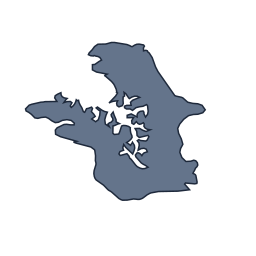 SVG path tracing the border of Quinara, rotated 55°
{"feature_id": "GNB-773", "entity_name": "Quinara", "entity_type": "Region", "adm_level": 1, "iso_a3": "GNB", "parent_name": "Guinea-Bissau", "parent_adm1": "", "projection": "albers", "projection_center": [-15.226, 11.637], "detail": "fine", "context": "isolated", "style": "filled", "palette": "slate", "viewbox_px": 256, "rotation_deg": 55, "n_neighbors": 0, "source": "natural_earth", "source_scale": "10m", "svg_char_len": 4453}
<svg xmlns="http://www.w3.org/2000/svg" viewBox="0 0 256 256"><g transform="rotate(55 128 128)"><path d="M71.6,117.5L71.9,114.2L64.1,121.7L60.0,123.8L55.7,120.8L56.9,118.7L56.9,113.6L57.2,110.7L54.1,110.6L52.2,111.6L50.8,113.0L49.2,114.2L49.2,115.0L47.4,117.1L45.2,118.4L44.2,116.7L43.4,112.6L42.1,108.7L42.1,104.6L46.5,98.0L48.4,92.6L50.1,90.1L59.0,81.0L61.7,79.2L63.1,78.6L63.8,77.8L63.9,75.1L64.5,72.6L65.9,70.5L68.9,67.6L70.4,67.6L71.1,69.2L71.8,69.8L72.7,70.3L73.7,71.0L74.6,68.8L75.8,67.9L77.2,68.1L78.7,67.6L84.2,67.8L93.7,70.4L98.9,71.1L128.3,71.1L129.6,70.2L133.5,66.6L134.8,65.8L141.1,64.3L145.0,60.8L148.2,56.9L151.9,54.3L157.4,54.3L158.4,58.0L156.8,62.9L154.4,66.7L152.6,71.3L152.8,77.3L154.4,83.3L156.8,87.5L161.4,89.6L167.5,90.6L172.8,92.4L175.0,96.7L177.6,99.5L183.1,100.8L188.6,99.8L191.1,95.8L191.2,95.7L192.1,92.6L193.7,91.3L196.2,91.1L198.4,92.1L199.3,93.8L199.6,95.7L200.9,97.8L201.8,99.9L202.5,100.8L203.8,100.0L204.9,99.6L205.9,99.7L211.9,102.4L212.9,103.4L212.0,105.4L206.0,112.5L206.4,113.8L213.9,113.0L208.3,123.4L197.5,139.5L194.3,146.5L194.0,147.9L193.7,150.9L193.9,155.4L193.8,156.9L193.5,158.2L193.1,159.4L192.5,160.4L191.8,161.3L190.8,162.4L189.3,164.2L186.6,170.0L184.0,173.9L182.6,174.9L180.5,175.9L171.3,178.1L170.1,178.5L167.8,179.6L166.5,179.9L160.8,180.8L152.2,183.9L150.5,183.9L148.6,183.5L145.9,182.2L144.5,181.1L143.4,180.1L139.7,175.4L138.9,174.7L138.0,174.2L136.1,173.5L132.1,170.5L127.8,168.3L126.6,167.9L122.3,169.3L110.6,179.2L108.4,180.7L108.3,180.8L109.5,177.6L96.4,188.3L91.6,190.9L88.0,188.7L87.2,185.9L88.4,178.4L89.8,176.1L92.6,173.1L94.5,170.4L93.3,169.2L89.2,170.2L86.1,173.3L84.1,177.4L83.4,181.7L81.9,184.5L78.4,186.3L74.5,187.6L71.8,189.2L69.6,193.1L68.4,196.3L66.3,198.5L61.4,199.3L58.3,200.3L55.6,201.7L53.6,201.0L52.6,195.9L53.3,193.3L56.9,184.5L58.1,182.6L58.8,180.9L65.5,171.0L61.3,170.8L59.8,169.1L59.9,166.3L60.6,162.7L62.5,163.8L64.6,164.0L66.7,163.0L68.9,160.9L69.1,162.4L70.4,166.0L71.4,162.8L73.2,160.0L75.2,159.4L76.8,162.7L78.6,162.7L78.4,160.3L77.8,158.1L76.7,156.1L75.2,154.2L76.4,154.0L76.5,153.8L76.5,153.4L76.9,152.6L79.0,153.5L81.6,154.0L85.0,154.2L89.0,155.2L90.3,154.5L88.4,150.9L89.2,149.0L90.0,145.9L91.7,145.9L93.6,148.6L96.9,148.1L99.7,148.2L99.8,152.6L104.3,150.9L104.2,147.6L101.4,143.9L98.0,141.0L97.0,141.6L96.1,141.9L93.3,142.6L93.3,141.0L98.5,139.1L100.9,137.8L103.2,135.8L105.0,138.8L107.9,142.3L111.8,144.3L116.2,142.6L113.3,142.2L113.1,140.5L113.6,138.2L112.9,135.8L111.1,134.9L109.1,134.9L107.4,134.2L106.4,131.0L109.2,131.9L114.3,133.0L116.2,134.2L119.5,132.5L118.9,134.1L118.3,137.6L117.7,139.1L123.6,143.4L125.4,143.0L127.6,139.1L126.4,137.0L123.3,132.9L122.7,131.7L123.4,130.1L125.0,128.2L127.1,126.6L129.1,125.9L129.6,126.4L131.4,127.5L133.9,128.7L136.5,129.2L138.0,130.0L138.9,132.1L139.2,134.8L139.1,137.5L143.7,135.8L143.2,135.0L142.7,133.3L142.2,132.5L145.8,132.7L148.3,134.0L150.2,136.3L152.0,139.1L142.6,141.0L139.1,141.0L140.2,142.3L140.8,143.2L141.6,143.8L143.7,144.3L142.7,148.1L144.0,150.3L146.1,150.1L148.4,143.6L151.2,143.3L154.0,143.9L155.2,143.4L162.8,143.0L165.0,142.6L167.7,141.2L169.6,139.6L170.9,137.4L171.6,134.1L168.7,135.1L166.5,136.3L164.1,137.2L156.1,138.1L154.4,137.5L153.6,135.0L154.1,133.9L155.3,133.1L156.9,132.6L158.6,132.5L157.7,130.3L157.6,129.0L158.6,125.8L155.9,125.2L153.8,126.5L152.4,129.1L152.0,132.5L148.7,128.8L146.6,127.6L143.7,127.7L143.7,125.9L145.4,124.9L148.9,120.9L148.9,119.2L147.1,115.9L145.5,115.9L142.2,124.2L139.4,124.9L135.8,122.8L132.5,122.5L134.9,118.8L138.3,117.2L141.2,115.2L142.2,110.8L140.2,112.9L138.0,114.0L135.8,114.0L133.9,112.4L132.5,112.4L132.2,114.9L131.5,116.5L130.0,117.3L127.6,117.5L128.3,121.1L126.5,122.1L124.1,120.8L122.7,117.5L119.1,122.8L117.1,121.4L118.3,117.3L124.2,114.2L122.1,112.7L121.2,110.7L121.4,108.4L122.7,105.9L124.2,105.9L125.2,106.6L126.1,106.9L129.1,107.4L128.0,104.1L125.9,101.9L121.1,99.3L119.5,99.3L118.8,103.3L117.2,106.4L115.9,109.8L116.2,114.2L113.7,115.3L111.6,118.3L109.5,119.2L108.1,118.4L108.7,116.1L111.2,112.4L108.4,111.2L107.9,108.2L109.6,100.9L107.2,102.3L105.7,104.4L104.9,107.0L104.7,110.0L103.7,110.2L98.7,110.1L96.6,110.8L99.8,112.4L99.8,114.2L102.5,116.2L105.3,117.9L106.4,120.0L105.5,123.3L103.4,124.1L101.1,123.1L99.8,120.9L98.7,122.8L97.7,124.8L97.0,126.9L96.6,129.2L94.7,119.8L93.3,116.5L92.1,116.9L92.0,116.5L89.4,115.4L85.0,114.6L83.7,114.5L80.4,114.8L72.3,116.8L71.6,117.4L71.6,117.5Z" fill="#64748b" stroke="#1e293b" stroke-width="1.5"/></g></svg>